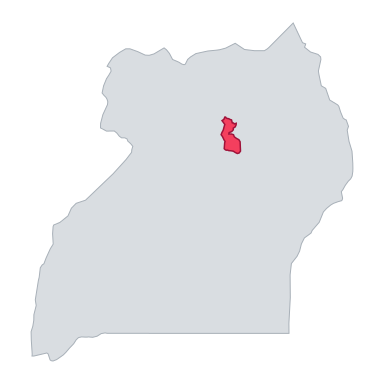 Uganda, with Lira highlighted
{"feature_id": "UGA-3099", "entity_name": "Lira", "entity_type": "District", "adm_level": 1, "iso_a3": "UGA", "parent_name": "Uganda", "parent_adm1": "", "projection": "orthographic", "projection_center": [32.907, 2.332], "detail": "fine", "context": "in_parent", "style": "filled", "palette": "rose", "viewbox_px": 384, "rotation_deg": 0, "n_neighbors": 0, "source": "natural_earth", "source_scale": "10m", "svg_char_len": 2808}
<svg xmlns="http://www.w3.org/2000/svg" viewBox="0 0 384 384"><path d="M289.0,333.4L282.6,333.4L272.0,333.4L261.4,333.4L250.9,333.4L240.3,333.4L229.7,333.4L219.2,333.4L208.6,333.4L198.0,333.4L187.5,333.4L176.9,333.4L166.3,333.4L155.8,333.4L145.2,333.3L134.6,333.3L124.1,333.3L113.5,333.3L107.3,333.3L106.0,333.1L105.2,332.9L101.2,333.6L97.1,336.2L92.7,337.3L88.0,336.9L87.4,337.1L85.0,337.1L81.6,336.9L78.5,337.6L76.2,339.8L73.7,343.7L69.4,348.2L66.0,352.2L63.2,355.0L56.6,359.6L53.0,361.0L51.2,360.7L50.1,359.9L48.1,353.9L46.8,353.0L34.0,356.0L32.0,356.0L32.2,354.2L31.3,340.2L31.1,331.7L32.8,326.3L33.8,320.2L33.9,314.7L36.2,305.5L35.3,299.9L38.4,280.4L39.2,277.2L40.3,267.8L42.2,264.9L43.9,263.8L46.1,258.0L50.3,248.8L53.2,244.1L52.6,233.7L53.1,226.6L53.7,225.0L59.9,222.4L68.0,215.9L71.4,208.2L76.2,203.3L85.5,200.2L113.1,173.8L126.0,159.6L131.6,152.3L131.8,149.7L132.8,146.3L130.6,143.6L127.9,141.2L127.0,138.9L124.7,137.8L121.5,137.8L119.3,136.2L116.8,133.0L114.3,131.0L106.5,131.1L100.5,127.9L100.6,123.4L102.9,114.6L107.5,104.6L107.8,101.8L107.1,99.4L106.0,97.4L104.0,95.4L102.1,93.0L103.6,85.8L106.5,78.7L108.8,75.2L111.1,71.2L110.5,67.9L107.1,66.3L108.9,63.2L112.5,57.8L119.6,52.4L125.8,48.8L129.9,48.8L137.9,51.7L145.2,55.1L149.2,55.3L154.0,53.9L164.1,47.9L166.5,49.8L169.4,53.4L172.6,59.5L178.9,62.2L181.9,64.1L184.1,64.7L185.3,64.2L187.7,59.4L190.6,56.9L195.9,53.6L207.8,51.0L216.2,50.2L219.8,49.7L225.7,48.1L235.2,43.3L244.5,49.5L254.6,50.7L264.4,50.7L267.4,48.8L269.1,47.3L279.3,37.0L293.2,23.0L302.5,42.7L305.7,43.9L305.2,45.6L304.5,47.2L310.5,52.0L318.0,54.4L320.6,56.9L320.9,59.5L318.4,71.0L318.9,74.3L321.3,85.8L325.7,88.4L329.7,100.0L337.7,104.9L338.8,106.3L340.6,112.0L343.1,118.1L345.0,119.5L346.2,119.9L348.5,126.4L347.2,130.1L349.0,141.3L352.0,151.2L352.8,163.2L352.9,168.4L352.8,171.6L352.1,176.1L350.7,178.8L348.2,181.3L345.3,185.3L342.9,189.6L341.3,191.7L342.6,198.2L342.2,199.9L341.6,200.7L338.0,201.7L333.4,203.4L330.6,205.1L326.6,208.4L323.4,211.9L319.2,222.3L312.2,230.4L311.0,233.1L304.4,237.9L301.4,243.9L299.6,251.1L297.0,256.4L291.4,263.5L290.1,274.9L290.3,297.5L288.9,323.3L289.0,333.4Z" fill="#d9dde1" stroke="#a8b0b8" stroke-width="1"/><path d="M224.1,126.8L224.8,124.4L222.0,120.6L223.9,119.3L224.8,117.1L225.6,117.1L226.2,118.0L227.4,118.5L228.8,118.7L229.9,119.4L231.5,119.9L232.3,122.9L233.5,123.0L234.3,123.9L236.2,123.3L236.1,124.9L235.2,126.9L233.3,128.1L233.3,129.8L231.7,131.6L229.1,132.6L228.8,134.0L231.4,134.0L233.5,134.7L234.3,136.8L236.6,138.5L238.9,139.7L240.1,141.8L240.5,151.1L239.1,153.0L237.3,153.5L235.3,152.5L233.3,151.2L231.1,150.8L228.7,150.6L227.5,150.1L226.2,150.2L225.1,149.6L224.2,148.7L224.7,142.6L225.1,141.5L224.0,139.8L222.5,136.6L221.1,134.7L222.0,132.4L223.2,130.2L224.1,126.8Z" fill="#f43f5e" stroke="#9f1239" stroke-width="1.5"/></svg>